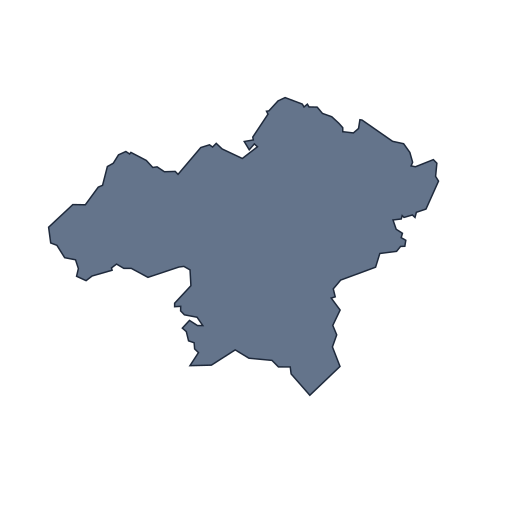 outline of Veles, Veles, North Macedonia, rotated 257°
{"feature_id": "65306769B79358437937603", "entity_name": "Veles", "entity_type": "district", "adm_level": 2, "iso_a3": "MKD", "parent_name": "North Macedonia", "parent_adm1": "Veles", "projection": "equal_earth", "projection_center": [21.761, 41.766], "detail": "fine", "context": "isolated", "style": "filled", "palette": "slate", "viewbox_px": 512, "rotation_deg": 257, "n_neighbors": 0, "source": "geoboundaries", "source_scale": "gbopen_adm2", "svg_char_len": 1684}
<svg xmlns="http://www.w3.org/2000/svg" viewBox="0 0 512 512"><g transform="rotate(257 256 256)"><path d="M330.7,60.4L314.9,58.9L311.2,64.4L297.4,69.2L292.9,79.3L283.7,80.1L276.6,76.6L270.2,84.9L273.4,91.8L274.5,112.6L276.9,112.5L279.5,118.3L273.7,124.4L272.0,131.7L259.5,145.9L262.6,178.4L262.1,183.4L257.3,188.6L241.7,185.9L228.3,166.1L224.9,165.3L223.9,171.3L219.5,170.2L214.8,173.0L209.6,184.8L200.2,188.5L201.4,183.3L208.2,176.7L202.3,168.0L198.0,171.1L188.5,171.2L185.4,176.2L179.3,175.3L174.8,178.2L164.0,167.0L159.7,188.0L169.2,214.6L158.0,226.1L150.7,248.1L142.9,252.9L140.2,264.4L133.2,263.7L108.2,277.1L129.5,313.0L150.2,310.0L161.0,316.9L171.1,315.2L184.4,325.8L198.1,319.8L198.4,324.0L206.6,323.9L213.5,333.1L218.2,370.0L230.6,377.2L228.9,394.0L232.8,399.0L232.0,403.2L237.6,405.5L241.2,401.6L245.2,403.8L250.5,398.6L260.3,397.6L259.4,405.9L262.5,407.5L260.3,408.9L260.8,417.6L257.8,419.6L262.5,422.1L263.5,432.2L287.9,450.7L293.2,448.9L305.7,453.1L310.0,450.5L307.1,431.4L308.9,427.4L312.1,429.7L322.3,429.2L332.2,425.1L337.0,414.9L364.6,389.9L365.4,387.9L357.2,384.6L354.0,378.6L357.6,368.5L361.5,369.4L366.8,366.5L374.6,361.2L380.0,352.8L387.3,349.1L389.3,341.2L392.4,340.2L390.4,336.3L393.6,335.3L403.8,320.0L402.2,312.4L394.5,301.2L394.7,298.8L391.5,299.6L372.6,279.6L369.7,279.5L370.2,270.3L361.0,273.3L365.6,279.6L362.1,282.0L354.1,264.6L367.9,247.1L374.7,242.6L371.9,238.2L374.8,235.7L374.1,226.6L353.1,198.4L356.6,196.3L358.7,185.7L365.1,179.7L365.5,175.3L373.8,170.6L385.1,157.4L383.8,155.8L387.1,152.7L385.5,144.8L378.5,137.8L376.6,131.3L359.4,122.4L358.6,117.8L344.3,101.2L347.3,89.1L330.7,60.4Z" fill="#64748b" stroke="#1e293b" stroke-width="1.5"/></g></svg>